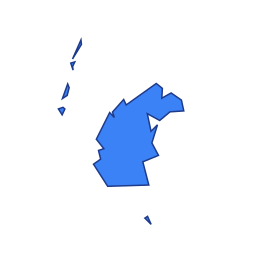 SVG path tracing the border of Western, rotated 341°
{"feature_id": "FJI-2620", "entity_name": "Western", "entity_type": "Division", "adm_level": 1, "iso_a3": "FJI", "parent_name": "Fiji", "parent_adm1": "", "projection": "natural_earth1", "projection_center": [177.638, -19.194], "detail": "coarse", "context": "isolated", "style": "filled", "palette": "blue", "viewbox_px": 256, "rotation_deg": 341, "n_neighbors": 0, "source": "natural_earth", "source_scale": "10m", "svg_char_len": 732}
<svg xmlns="http://www.w3.org/2000/svg" viewBox="0 0 256 256"><g transform="rotate(341 128 128)"><path d="M129.1,188.7L89.8,176.5L83.6,151.0L92.0,148.5L92.8,139.6L98.4,139.7L94.4,128.3L115.7,107.4L118.5,113.6L118.5,107.9L133.2,99.6L133.8,105.6L169.2,95.1L173.4,101.7L169.7,110.8L180.2,108.9L187.6,119.0L186.3,130.0L173.0,126.4L160.4,131.2L150.9,120.7L148.7,138.6L156.9,134.6L145.7,149.9L147.9,163.8L131.0,164.8L129.1,188.7ZM75.6,78.8L85.3,66.7L85.5,70.7L81.1,77.4L75.6,78.8ZM98.0,44.7L112.2,29.4L111.2,33.8L98.0,44.7ZM68.4,87.3L73.3,87.3L74.5,89.5L70.0,94.1L68.4,87.3ZM114.6,218.7L117.7,217.9L118.5,226.6L114.6,218.7ZM99.2,48.2L95.7,51.8L94.9,55.4L95.0,48.0L99.2,48.2Z" fill="#3b82f6" stroke="#1e3a8a" stroke-width="1.5"/></g></svg>